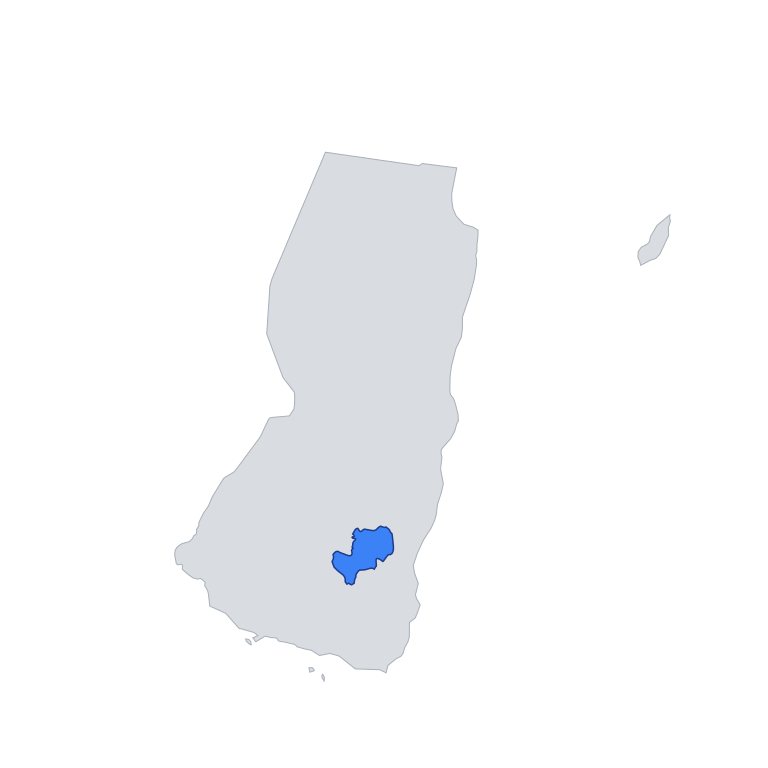 Al Bayda' on a map of Yemen (Mercator projection), rotated 301°
{"feature_id": "YEM-333", "entity_name": "Al Bayda'", "entity_type": "Governorate", "adm_level": 1, "iso_a3": "YEM", "parent_name": "Yemen", "parent_adm1": "", "projection": "mercator", "projection_center": [45.347, 14.319], "detail": "fine", "context": "in_parent", "style": "filled", "palette": "blue", "viewbox_px": 768, "rotation_deg": 301, "n_neighbors": 0, "source": "natural_earth", "source_scale": "10m", "svg_char_len": 4364}
<svg xmlns="http://www.w3.org/2000/svg" viewBox="0 0 768 768"><g transform="rotate(301 384 384)"><path d="M606.7,335.0L582.0,344.0L575.5,348.1L569.6,353.1L565.2,359.3L562.1,370.2L564.5,380.2L564.2,385.5L557.9,389.0L551.9,391.6L545.3,395.4L541.3,396.4L538.0,399.5L534.2,401.7L520.5,407.3L505.5,411.6L481.6,416.8L472.4,422.4L464.0,426.2L451.3,427.4L433.8,432.7L424.1,437.0L412.0,444.0L409.3,446.2L407.2,451.3L403.5,455.7L396.2,463.0L390.8,466.7L387.1,466.9L380.0,468.9L371.7,469.3L357.6,466.8L354.0,468.6L351.0,471.4L340.2,476.3L329.1,486.2L321.1,488.9L308.0,492.0L298.9,496.1L292.8,497.7L284.9,498.6L270.3,498.2L256.4,499.7L243.6,502.5L237.6,507.7L230.7,516.1L219.5,519.5L216.8,522.5L213.4,528.7L206.1,530.3L199.5,531.3L192.8,528.6L180.1,536.0L175.3,537.3L168.0,537.6L162.9,539.1L159.2,538.7L154.5,535.8L144.7,532.3L137.5,534.6L136.9,527.5L125.0,506.1L127.5,487.3L127.5,484.7L125.1,476.3L118.1,468.6L118.3,458.9L115.9,452.0L114.0,444.8L114.6,442.9L114.7,441.2L111.1,430.2L109.9,427.9L109.5,425.6L110.6,423.9L110.6,421.8L108.7,418.4L106.7,412.0L97.0,406.9L98.9,402.2L100.8,403.8L103.4,405.3L103.9,402.2L103.9,399.9L99.9,385.5L105.9,366.4L103.9,349.1L113.0,342.1L115.3,340.0L116.7,338.1L118.8,334.2L121.8,332.9L122.8,328.7L122.7,326.6L120.8,324.8L119.4,320.0L119.9,313.8L120.4,311.2L121.3,306.5L124.5,304.8L125.3,303.4L122.8,300.4L123.0,298.6L128.5,293.6L130.6,292.1L134.1,290.6L136.9,290.6L140.1,291.5L142.9,292.9L145.6,295.4L148.6,298.3L153.0,299.4L156.1,299.1L158.5,300.4L160.6,299.7L163.0,298.2L166.8,298.3L170.2,296.6L179.9,295.8L189.3,296.3L199.1,294.9L208.8,295.0L218.7,295.1L220.9,295.3L223.0,296.2L231.3,300.7L237.6,301.6L250.3,302.8L263.8,304.1L275.5,305.2L285.4,304.1L293.7,303.3L295.9,303.4L298.4,306.2L303.3,313.0L308.0,319.4L316.2,319.7L321.5,317.3L327.3,313.9L330.8,311.3L334.9,300.8L337.5,294.1L343.6,286.5L348.7,280.1L355.4,271.6L359.2,266.9L366.5,257.7L373.5,254.1L387.1,247.1L400.4,240.3L409.0,235.8L416.4,233.8L428.7,232.0L443.2,230.0L457.7,227.9L473.2,225.7L490.5,223.2L502.3,221.6L517.4,219.4L529.9,217.6L541.0,216.1L552.5,214.4L554.7,219.6L556.8,224.7L559.0,229.9L561.2,235.1L563.3,240.2L565.5,245.3L567.7,250.5L569.8,255.6L572.0,260.8L574.1,265.9L576.3,271.0L578.5,276.2L580.6,281.3L582.8,286.4L585.0,291.5L587.1,296.7L589.2,301.6L592.7,303.3L594.8,308.0L597.8,314.8L600.7,321.5L603.7,328.2L606.7,335.0ZM639.8,537.7L642.8,538.3L647.4,536.5L660.5,536.3L676.3,541.9L673.3,543.3L671.6,545.4L664.6,547.2L657.7,551.5L637.6,553.6L631.7,552.4L626.9,548.3L617.9,542.9L621.5,539.4L622.2,537.8L623.5,536.3L628.6,533.7L633.7,534.1L639.8,537.7ZM103.3,470.6L102.7,471.7L101.8,471.5L98.8,468.8L102.1,465.8L103.9,468.6L103.3,470.6ZM93.7,403.3L92.1,404.5L91.7,402.5L92.7,398.1L94.3,396.8L95.4,400.1L94.7,401.9L93.7,403.3ZM101.8,484.1L98.5,485.6L100.8,481.6L103.0,480.8L103.6,481.0L101.8,484.1Z" fill="#d9dde1" stroke="#a8b0b8" stroke-width="1"/><path d="M211.7,428.1L214.3,428.6L215.7,429.3L216.7,430.4L216.9,431.8L216.9,433.3L217.4,435.9L217.8,437.6L217.9,439.2L218.3,440.4L218.4,441.5L218.9,442.6L219.5,443.5L220.4,444.1L222.0,444.1L223.9,442.7L224.4,442.0L225.3,441.7L227.3,442.2L227.6,441.7L227.4,441.1L227.8,440.6L228.8,440.5L230.1,440.0L231.7,439.2L233.5,439.1L234.7,439.5L235.8,439.6L236.6,439.4L236.6,438.5L235.7,436.9L235.8,436.2L236.2,435.6L236.7,435.7L237.0,436.0L237.3,436.6L237.8,436.9L238.5,436.5L238.9,436.1L239.3,434.4L244.7,434.4L245.9,435.0L246.7,435.7L246.5,436.7L245.9,437.7L245.5,438.7L245.5,440.0L246.4,440.7L248.5,441.2L249.6,442.1L252.4,449.6L253.5,451.3L255.2,452.4L257.4,452.9L259.5,453.7L260.4,454.4L260.6,455.0L260.5,455.5L260.7,456.1L260.8,456.8L261.2,457.6L261.4,458.5L262.5,459.5L261.8,463.7L260.4,465.6L259.7,468.0L257.8,469.6L249.5,475.8L247.5,477.0L246.0,477.7L244.6,478.0L243.6,478.1L242.6,478.1L240.9,477.2L240.1,475.8L238.6,475.3L231.8,474.7L231.3,474.4L231.6,470.6L231.0,468.0L230.2,467.6L229.1,467.8L226.6,469.4L225.5,470.3L223.9,471.2L223.2,471.0L220.3,471.0L220.2,469.7L220.0,468.5L218.7,466.9L215.1,463.5L213.7,461.7L212.9,460.3L211.8,458.9L210.2,458.3L208.2,458.2L206.9,458.0L205.8,458.4L205.0,458.6L204.4,459.1L203.5,459.4L202.2,459.4L200.8,459.7L199.8,460.2L197.7,461.0L196.0,460.0L195.4,459.8L195.0,459.1L195.0,456.3L193.4,455.3L194.5,452.6L196.3,451.6L198.0,450.1L199.2,447.6L200.1,440.5L201.3,435.6L205.0,431.0L207.6,430.7L209.7,429.9L211.7,428.1Z" fill="#3b82f6" stroke="#1e3a8a" stroke-width="1.5"/></g></svg>